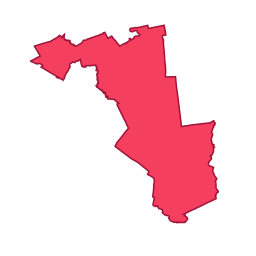 Corbu, Olt, Romania (orthographic projection), rotated 352°
{"feature_id": "2599482B79364764988142", "entity_name": "Corbu", "entity_type": "district", "adm_level": 2, "iso_a3": "ROU", "parent_name": "Romania", "parent_adm1": "Olt", "projection": "orthographic", "projection_center": [24.699, 44.468], "detail": "fine", "context": "isolated", "style": "filled", "palette": "rose", "viewbox_px": 256, "rotation_deg": 352, "n_neighbors": 0, "source": "geoboundaries", "source_scale": "gbopen_adm2", "svg_char_len": 5668}
<svg xmlns="http://www.w3.org/2000/svg" viewBox="0 0 256 256"><g transform="rotate(352 128 128)"><path d="M194.8,213.5L205.5,210.2L205.5,209.7L205.3,209.5L205.3,209.0L205.2,208.4L205.4,208.3L205.4,208.1L205.1,207.9L205.1,207.3L205.2,207.0L205.4,206.9L205.3,206.6L205.4,206.4L205.7,206.4L205.6,206.1L205.9,205.7L206.1,205.8L206.3,205.6L206.3,205.4L206.2,205.5L206.2,205.4L206.6,205.1L206.7,204.7L207.3,204.6L208.6,203.8L208.6,203.1L208.2,202.7L207.1,200.4L206.8,199.4L206.9,198.6L207.2,197.2L207.4,193.5L207.1,192.6L208.4,191.4L208.8,190.8L208.7,190.1L207.5,188.2L206.9,186.5L206.8,185.7L206.0,183.7L205.9,182.5L206.7,180.3L207.2,179.0L205.7,177.9L203.6,176.9L202.9,176.3L202.8,176.0L202.6,175.0L202.7,174.5L203.2,173.3L203.5,173.1L203.6,172.5L205.4,171.2L206.1,170.5L206.4,169.7L206.5,168.4L205.8,167.6L205.8,166.9L207.1,166.7L207.5,166.4L208.4,164.6L208.9,164.3L209.1,163.9L209.7,161.7L209.8,159.7L210.8,159.2L210.0,158.7L210.3,158.3L210.7,157.2L210.7,156.6L210.4,156.4L210.2,156.4L209.8,157.2L209.3,156.5L209.7,155.9L209.0,154.8L209.1,153.5L208.9,152.9L208.9,152.1L208.7,151.5L209.1,150.6L209.4,149.1L209.9,148.5L210.9,146.2L210.9,145.5L210.0,144.0L210.3,143.7L210.4,143.0L210.8,142.7L210.9,142.2L211.8,140.5L212.7,139.4L212.9,138.6L212.8,137.6L213.4,137.3L214.0,137.4L214.4,137.1L215.0,135.2L213.9,134.1L213.9,133.9L214.2,133.2L213.9,132.8L211.9,133.4L211.0,134.1L210.0,134.3L190.6,133.8L188.0,134.0L181.2,133.9L181.7,104.2L181.7,93.0L182.2,83.8L172.3,82.7L172.4,79.9L172.5,79.3L173.0,78.7L173.6,73.2L173.8,65.9L174.2,61.7L175.0,46.8L175.4,46.6L175.0,43.9L174.7,43.4L174.7,42.4L175.2,41.3L175.5,41.1L178.4,41.2L178.3,38.8L178.4,37.9L178.1,31.3L162.0,32.3L161.8,29.1L153.1,29.9L150.8,29.9L149.8,29.7L144.1,29.7L143.6,30.6L143.5,30.9L143.6,32.2L143.9,32.7L145.6,33.3L146.1,33.3L147.0,32.7L149.6,32.7L150.1,32.8L150.7,33.4L150.6,34.4L150.8,35.3L151.2,35.8L152.4,36.8L152.7,37.3L152.7,37.8L151.9,38.3L148.0,38.1L146.6,38.9L146.2,40.1L142.5,41.4L142.5,40.6L142.8,39.8L141.7,39.7L142.0,41.6L139.4,42.6L139.5,43.1L137.4,44.1L137.1,43.5L131.1,45.7L130.3,44.1L129.2,42.6L128.0,40.2L125.6,36.8L124.7,34.7L120.5,36.4L118.4,30.1L118.0,30.3L116.8,30.3L116.0,31.1L114.8,31.6L113.6,31.4L112.2,32.1L108.0,32.8L107.2,33.1L104.1,33.5L101.3,34.3L100.3,34.3L99.5,34.6L98.7,35.2L96.2,34.9L95.8,35.2L95.0,36.4L94.4,37.1L88.6,39.6L87.5,39.7L87.4,39.4L86.8,39.3L86.6,38.4L86.2,38.4L85.8,38.6L85.4,38.0L85.3,37.4L84.4,37.7L83.7,36.9L83.4,36.3L82.6,36.2L82.3,36.0L82.3,35.5L82.6,35.1L82.5,34.6L82.9,34.4L82.8,34.0L82.6,33.7L82.5,33.3L81.8,33.5L81.7,33.1L81.3,32.8L80.3,32.7L79.8,33.0L79.4,32.3L79.2,32.3L79.2,32.7L78.4,31.9L77.4,31.8L77.4,31.4L77.8,31.2L77.4,30.1L76.9,29.6L77.5,28.9L77.2,28.2L78.0,27.5L77.9,26.8L78.0,26.5L75.6,28.2L74.9,29.2L74.2,28.3L73.6,27.0L73.2,26.7L69.9,28.8L66.4,30.0L65.6,30.5L64.6,30.8L62.9,31.5L55.7,32.4L46.7,33.9L49.9,41.7L50.5,42.9L51.1,44.5L41.0,48.1L41.1,48.5L46.7,51.9L49.3,51.8L50.5,52.4L52.2,54.2L50.4,55.6L66.1,68.1L64.7,68.1L65.3,68.7L66.3,68.7L70.3,71.3L70.4,71.6L71.9,69.9L72.4,69.1L72.3,68.9L72.1,68.8L72.1,68.6L74.4,65.4L75.2,64.3L75.6,64.2L76.9,62.5L79.1,59.4L79.2,59.0L78.8,58.0L79.4,56.6L79.7,56.3L81.5,55.5L82.4,54.9L83.0,55.2L84.5,55.8L86.4,54.5L87.9,54.7L89.0,54.2L90.2,53.3L90.5,55.2L90.5,56.5L90.9,60.4L91.5,60.4L91.6,60.9L92.5,61.5L94.6,61.7L94.4,60.5L94.9,60.4L96.7,60.7L97.5,60.6L98.5,61.2L99.6,60.9L101.6,61.2L104.1,61.1L104.4,61.1L104.9,61.5L104.9,62.6L105.4,62.7L105.6,63.0L105.8,64.2L105.2,64.3L105.2,64.5L105.5,64.9L105.1,65.2L105.2,65.8L104.7,65.8L104.4,66.6L105.0,66.9L105.5,66.7L105.9,66.9L106.1,67.1L106.2,68.2L105.8,68.5L105.6,69.4L105.3,69.4L104.7,70.0L104.6,70.3L104.9,71.6L104.5,72.0L104.4,72.3L104.6,72.7L104.8,72.9L104.7,73.3L104.8,73.5L104.7,73.7L104.6,74.2L105.0,74.4L104.9,74.7L104.3,75.0L104.4,75.6L104.1,76.1L104.3,76.4L105.0,76.4L104.9,77.7L105.1,78.5L104.4,78.7L104.9,80.0L104.7,80.1L104.1,80.0L103.6,80.2L103.4,80.5L103.6,81.4L103.5,81.6L103.1,81.5L102.8,81.9L102.4,81.9L102.7,82.4L102.7,83.1L103.7,83.6L104.1,84.4L104.9,84.8L105.3,85.8L105.9,86.1L106.2,86.6L106.5,86.6L106.8,86.3L107.2,86.3L107.7,87.1L107.3,87.3L107.3,87.6L108.3,88.0L108.7,88.6L108.5,88.9L109.0,89.4L108.9,89.6L108.4,89.5L108.7,90.1L109.3,90.3L109.6,89.3L110.0,89.2L110.3,90.0L110.2,90.4L110.2,90.7L110.7,90.7L110.1,91.6L110.1,92.1L110.6,93.2L110.3,93.8L110.6,94.1L111.6,93.8L111.4,94.2L111.4,94.3L112.3,94.4L112.2,94.8L111.6,95.0L112.4,95.3L112.5,95.5L112.5,96.1L112.1,96.2L112.1,96.4L113.1,96.7L114.2,96.7L116.0,97.3L118.5,97.7L119.2,99.1L122.1,102.2L121.7,102.2L121.3,102.6L120.5,102.7L120.6,104.1L125.5,119.2L126.2,120.7L126.5,122.2L128.5,128.3L124.7,131.6L119.3,137.0L115.1,140.8L112.6,144.4L127.4,159.2L132.7,163.2L142.7,173.9L140.9,176.7L143.3,178.3L145.8,180.5L146.4,181.4L146.8,182.6L146.6,184.4L146.1,186.4L145.5,187.9L145.3,189.9L144.7,192.8L142.9,199.7L144.5,200.4L142.0,207.5L142.2,208.1L143.0,209.0L143.5,209.0L144.4,209.6L145.0,209.6L145.3,209.2L146.2,209.2L147.1,211.8L147.4,212.2L148.6,212.6L149.2,213.0L149.8,213.0L150.7,213.7L150.8,214.1L150.5,214.7L150.6,215.9L150.2,216.5L150.3,216.8L152.2,219.1L154.0,220.0L155.9,220.6L156.4,221.1L156.5,222.0L156.3,222.5L155.7,222.8L155.7,223.0L156.1,223.7L156.8,225.3L157.5,226.0L158.6,226.8L159.5,226.8L160.0,227.7L162.8,227.9L162.9,228.4L163.2,228.6L164.4,228.5L164.9,228.0L165.3,228.8L166.9,228.7L166.9,228.9L168.6,229.0L168.5,228.8L169.0,229.2L170.4,229.5L171.1,229.2L171.2,228.9L171.7,229.1L171.9,229.0L173.8,227.1L174.3,226.3L174.3,225.8L174.3,225.2L174.0,224.7L173.3,223.9L172.4,223.4L172.3,223.0L172.5,222.6L172.4,222.2L172.3,221.9L171.0,221.3L176.6,219.3L182.1,217.6L183.3,217.4L184.1,217.0L192.1,214.5L194.8,213.5Z" fill="#f43f5e" stroke="#9f1239" stroke-width="1.5"/></g></svg>